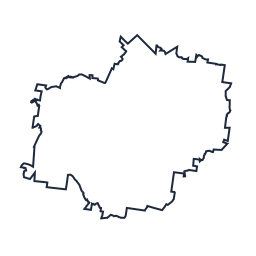 Ahumada, Chihuahua, Mexico, rotated 98°
{"feature_id": "50627088B53671513789035", "entity_name": "Ahumada", "entity_type": "district", "adm_level": 2, "iso_a3": "MEX", "parent_name": "Mexico", "parent_adm1": "Chihuahua", "projection": "mercator", "projection_center": [-106.345, 30.427], "detail": "fine", "context": "isolated", "style": "outline", "palette": "slate", "viewbox_px": 256, "rotation_deg": 98, "n_neighbors": 0, "source": "geoboundaries", "source_scale": "gbopen_adm2", "svg_char_len": 5576}
<svg xmlns="http://www.w3.org/2000/svg" viewBox="0 0 256 256"><g transform="rotate(98 128 128)"><path d="M77.8,36.4L73.3,32.9L69.4,32.1L69.4,41.0L52.3,40.9L52.2,44.5L52.5,44.6L52.8,45.1L52.7,45.4L52.7,46.0L52.6,46.3L52.7,47.9L52.5,48.8L52.7,49.4L52.2,49.4L52.1,58.5L49.0,58.3L49.1,58.7L49.2,59.9L49.2,61.2L48.8,62.2L48.8,62.4L48.5,63.3L48.3,63.7L48.3,64.0L47.1,64.5L46.7,64.9L46.4,65.8L46.3,66.7L46.0,67.1L45.9,67.9L45.9,68.1L46.3,68.4L46.6,68.6L46.9,69.0L47.2,69.1L47.4,69.3L47.6,69.4L47.2,69.5L46.7,69.7L46.1,70.5L53.2,70.7L54.0,78.2L50.5,78.2L51.4,79.1L51.4,79.5L51.8,80.8L51.7,81.1L51.9,81.8L51.9,82.0L51.7,82.2L51.9,83.3L51.5,84.0L50.7,84.4L50.5,84.7L50.4,85.1L50.7,85.7L50.8,87.6L50.5,88.0L50.0,89.0L48.5,89.8L47.6,90.5L40.7,90.6L49.5,101.1L47.7,101.9L47.7,102.0L47.2,102.5L46.5,103.2L46.6,105.8L46.8,106.8L45.9,106.3L45.3,105.8L45.3,105.6L45.1,105.7L45.1,105.9L44.3,106.6L44.0,107.2L44.0,107.8L43.6,109.4L43.2,109.7L43.1,109.9L42.3,110.5L42.2,110.9L42.3,111.3L50.6,111.0L34.8,131.8L44.5,139.9L42.1,143.3L38.6,147.9L43.5,148.3L46.6,143.9L48.8,145.5L51.0,142.4L52.2,140.5L52.4,140.6L53.4,140.9L54.2,141.4L54.8,141.9L55.5,142.1L57.2,143.8L57.8,144.0L58.3,144.8L58.6,144.5L60.0,143.2L60.5,143.0L61.3,143.1L62.3,144.0L62.6,144.4L62.6,144.9L62.7,145.2L63.1,145.4L63.4,145.9L65.0,146.4L65.2,146.6L65.4,147.0L65.7,147.3L66.0,147.5L66.1,147.4L66.1,147.6L66.4,147.7L66.2,150.2L71.8,150.7L71.1,152.3L85.5,156.4L86.6,157.0L86.7,157.5L85.0,164.4L84.0,164.4L83.2,164.9L83.5,170.2L80.7,170.5L81.0,173.4L84.4,172.7L82.9,176.6L81.4,181.1L81.8,183.7L83.6,185.4L85.2,189.0L85.4,189.3L85.6,189.4L85.3,190.5L85.7,190.6L85.3,191.8L85.8,191.9L85.4,193.1L85.8,193.2L85.6,193.8L85.2,193.6L84.9,194.2L85.8,194.5L85.6,195.0L86.5,195.4L86.3,195.9L86.8,196.1L86.7,196.2L86.9,197.0L87.3,197.0L87.5,197.2L87.5,198.2L91.7,199.7L93.4,200.6L97.4,201.1L97.8,201.0L96.7,204.9L98.1,209.6L100.7,212.8L101.0,213.9L100.5,214.4L100.1,214.8L99.6,215.3L99.4,215.5L97.3,215.0L97.3,223.9L103.7,225.0L103.7,218.6L106.1,218.8L107.9,218.9L108.2,219.0L113.0,219.0L112.9,221.0L112.5,221.9L113.6,222.6L112.1,223.8L112.1,224.4L113.0,224.3L113.2,224.6L113.3,225.4L113.6,225.5L113.8,226.0L113.8,226.3L114.5,226.8L114.7,227.3L115.2,227.5L115.3,227.4L115.9,227.5L116.0,227.5L116.2,227.0L115.9,226.7L115.9,226.2L115.2,225.4L113.8,223.7L116.9,221.4L118.4,220.7L117.4,219.6L118.1,219.0L128.6,219.0L129.2,221.3L129.7,222.5L141.0,222.6L141.0,222.2L140.1,221.1L139.8,220.5L138.7,218.7L137.2,218.1L136.6,217.6L138.1,215.1L139.9,215.8L139.8,214.7L140.1,214.5L140.7,214.1L141.1,214.1L141.6,213.9L142.4,214.1L143.5,213.1L145.1,213.3L148.5,215.1L159.7,218.5L159.7,218.0L179.6,216.6L179.2,217.6L178.7,218.4L177.8,221.9L177.5,224.5L177.6,226.3L179.6,228.0L181.7,228.6L181.8,225.1L182.0,225.1L181.8,224.1L182.4,223.9L183.2,223.3L184.2,223.0L184.2,223.3L184.5,223.7L184.5,223.9L185.0,224.7L186.0,225.0L186.5,224.8L186.8,224.9L187.0,224.8L187.9,225.1L191.2,224.1L192.2,218.0L185.2,214.0L193.6,213.3L193.2,203.3L193.2,200.3L197.9,200.3L197.4,181.0L192.9,180.9L182.8,180.9L182.3,179.0L182.3,178.2L182.9,177.2L183.0,176.8L183.2,176.3L184.5,175.1L185.2,174.4L185.9,174.0L187.5,171.8L191.1,168.2L196.2,165.5L197.2,164.6L198.2,163.2L198.4,163.1L199.6,163.2L199.8,163.1L199.8,162.9L200.6,162.9L201.8,162.0L202.3,161.9L202.8,161.6L205.1,159.7L204.7,159.0L204.8,159.0L205.0,159.0L205.0,158.9L205.0,158.7L205.2,158.2L205.5,158.1L205.8,157.8L205.7,157.8L205.9,157.6L206.3,157.4L206.4,157.5L206.5,157.4L206.7,157.2L206.6,156.8L207.2,155.9L214.2,159.9L214.2,153.3L207.9,153.2L208.2,152.3L208.1,152.0L208.3,152.0L208.2,151.7L208.4,151.3L208.4,151.1L208.7,150.5L208.7,150.3L207.2,148.9L206.6,147.6L207.0,147.2L208.3,146.6L209.0,145.9L209.5,145.8L210.0,145.5L210.2,145.2L210.3,145.1L210.4,144.9L210.6,144.9L211.0,144.7L211.0,143.6L214.2,143.6L214.3,141.1L218.4,141.3L220.5,141.9L221.2,141.9L219.9,136.7L219.9,136.1L216.3,132.9L216.6,131.9L216.7,130.9L216.9,130.5L217.0,130.2L217.3,129.7L217.2,129.6L217.0,128.8L216.8,128.6L216.6,127.3L216.8,126.4L217.4,125.0L217.5,124.6L217.5,123.8L217.9,122.6L217.6,121.0L217.5,119.1L216.2,118.4L215.2,118.1L207.3,118.0L207.4,99.9L207.1,99.9L204.0,98.2L204.0,98.3L202.5,98.0L203.6,90.8L204.4,84.1L204.6,83.0L204.6,82.9L204.1,82.5L201.0,80.7L198.5,79.7L198.2,79.5L198.2,79.0L198.3,78.6L198.6,78.2L198.3,77.7L198.1,77.4L194.7,74.2L194.1,73.8L193.3,73.6L192.4,72.9L192.0,72.8L185.5,72.7L185.5,72.9L185.0,73.2L184.9,73.3L185.0,76.3L165.4,76.3L165.3,66.1L168.2,66.1L168.0,65.3L168.0,65.0L167.9,64.7L167.3,64.8L163.4,66.1L163.2,66.2L162.9,65.8L162.1,64.3L162.0,63.2L161.8,63.0L161.7,62.6L161.4,62.3L161.0,61.8L161.1,60.9L161.1,54.3L156.4,54.3L156.3,58.2L149.4,58.6L149.3,52.5L149.5,52.5L150.4,52.6L151.1,52.3L150.7,52.0L150.1,51.7L149.6,51.6L149.4,51.7L149.6,51.4L150.1,51.2L150.4,51.2L150.0,51.0L149.7,51.0L149.4,50.8L149.5,50.6L149.4,49.8L147.1,48.8L146.4,48.7L145.6,49.0L145.0,49.0L144.3,48.8L144.0,48.4L143.7,48.2L143.0,48.1L142.8,48.2L142.6,47.8L140.9,47.5L140.4,47.4L140.5,47.2L139.6,46.1L139.6,45.4L139.4,44.9L139.3,44.3L139.2,44.0L139.3,43.9L139.5,43.2L139.5,42.9L139.9,41.9L140.1,40.7L139.9,40.4L138.9,40.5L138.5,40.3L138.4,40.2L137.4,40.2L136.7,32.2L136.1,31.9L129.6,27.4L128.8,31.7L126.2,31.2L126.9,27.4L113.6,27.4L114.3,32.0L104.2,32.2L103.7,32.0L103.4,32.1L103.0,31.9L102.8,31.9L102.6,31.7L102.2,31.7L101.6,32.1L101.3,32.1L100.8,31.8L100.7,31.6L100.0,31.5L99.6,31.2L99.2,30.7L99.0,30.2L98.4,29.8L97.7,29.5L97.6,29.3L96.6,29.3L96.3,29.1L95.9,29.5L95.0,29.9L93.2,30.4L91.3,30.5L89.5,30.7L88.5,30.8L87.6,31.1L87.1,31.0L86.4,31.0L86.4,34.0L82.8,35.7L77.8,36.4Z" fill="none" stroke="#1e293b" stroke-width="2"/></g></svg>